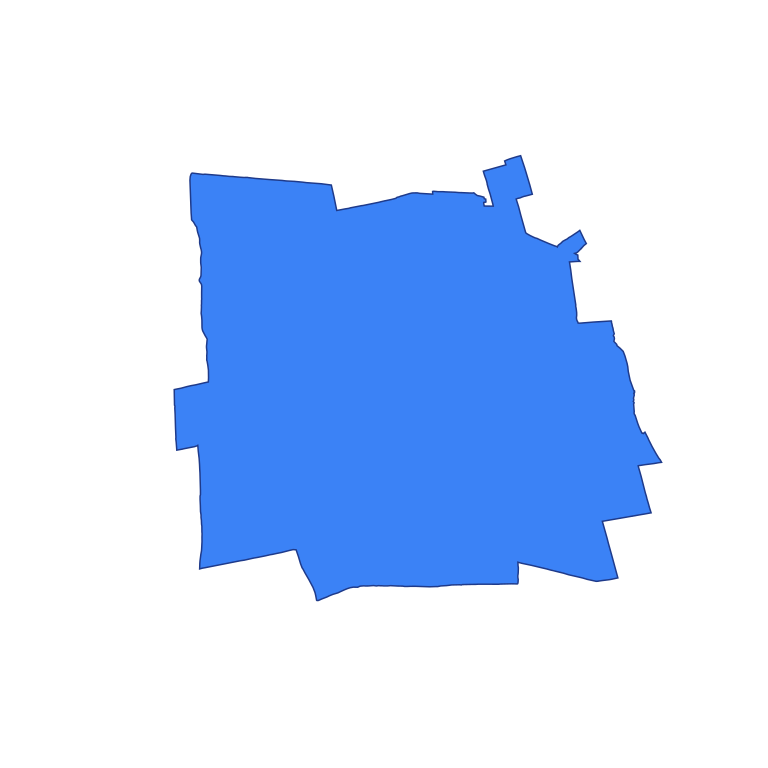 outline of Oprisor, Mehedinti, Romania, rotated 68°
{"feature_id": "2599482B3285510863665", "entity_name": "Oprisor", "entity_type": "district", "adm_level": 2, "iso_a3": "ROU", "parent_name": "Romania", "parent_adm1": "Mehedinti", "projection": "equal_earth", "projection_center": [23.062, 44.291], "detail": "fine", "context": "isolated", "style": "filled", "palette": "blue", "viewbox_px": 768, "rotation_deg": 68, "n_neighbors": 0, "source": "geoboundaries", "source_scale": "gbopen_adm2", "svg_char_len": 6158}
<svg xmlns="http://www.w3.org/2000/svg" viewBox="0 0 768 768"><g transform="rotate(68 384 384)"><path d="M486.4,624.2L486.7,621.5L487.3,618.7L489.6,606.7L494.1,583.2L495.0,579.5L496.6,569.9L497.4,566.3L498.9,558.3L499.7,553.2L500.1,551.6L501.0,546.4L501.8,542.3L502.9,534.0L503.5,530.3L504.8,527.6L512.0,528.0L519.4,528.7L523.7,528.8L525.6,528.4L529.7,528.0L537.4,526.9L546.1,526.0L551.6,526.1L554.8,526.6L559.2,527.5L559.6,527.3L559.7,527.1L560.1,526.1L560.1,524.7L560.0,522.4L560.1,516.6L559.9,513.8L559.9,510.1L560.4,504.9L560.2,502.1L560.1,499.7L560.0,497.2L560.0,494.7L560.2,491.7L560.9,488.4L562.5,484.7L562.6,483.7L562.5,483.0L562.5,481.8L563.6,478.3L564.5,476.5L565.4,474.1L566.6,470.3L567.0,469.1L568.4,466.7L568.9,464.6L569.6,463.2L570.2,461.7L571.3,459.5L572.6,456.2L573.4,453.5L576.4,447.1L578.3,442.6L579.5,440.6L580.5,438.1L581.3,435.8L583.1,431.2L589.1,417.7L591.5,411.1L591.7,410.8L591.9,410.3L592.5,407.0L594.3,401.7L595.1,398.8L595.5,397.1L595.9,395.9L598.5,389.0L599.3,387.6L599.3,386.7L599.4,386.3L602.6,377.9L604.1,374.1L605.0,371.4L612.6,352.7L613.0,351.3L617.0,340.7L618.3,337.6L619.1,335.8L619.3,335.3L619.3,335.0L619.0,334.6L617.9,333.9L616.6,333.3L615.5,332.8L613.7,332.4L612.3,331.9L611.8,331.7L610.5,330.9L609.1,330.2L605.5,328.6L604.5,328.2L602.7,327.8L599.4,326.6L601.8,323.5L607.3,315.3L613.0,307.3L616.6,302.2L618.7,299.5L626.6,288.5L630.0,284.3L636.0,275.7L638.2,272.6L641.3,268.7L646.5,261.1L646.7,260.3L647.0,259.7L647.1,258.9L647.9,255.6L649.8,248.5L650.3,246.2L651.4,239.8L630.5,237.3L615.5,235.6L610.3,234.9L593.1,233.0L595.2,223.3L601.6,193.6L602.2,190.9L603.5,184.6L598.4,184.2L594.2,183.7L588.9,183.2L586.3,182.8L582.9,182.5L566.0,180.2L555.7,179.1L555.0,178.9L556.6,172.1L558.9,163.4L559.9,158.7L560.6,156.0L557.9,156.3L555.6,157.0L550.1,157.9L542.2,158.9L534.7,159.5L533.0,159.5L526.4,160.1L527.1,162.0L526.5,162.4L526.5,163.0L525.9,163.3L519.3,163.6L515.4,163.5L507.2,162.9L505.4,163.2L504.3,162.9L503.5,162.4L495.9,160.0L495.7,159.6L495.0,159.1L493.5,159.4L493.1,158.9L492.3,158.3L490.6,158.0L488.0,156.1L487.5,156.1L487.0,155.8L486.1,155.9L486.0,155.7L486.2,155.4L486.0,155.1L485.8,155.2L485.6,155.1L485.2,154.6L484.6,154.4L484.4,154.7L484.0,154.4L483.6,154.7L482.8,154.8L472.7,154.4L463.8,152.8L459.3,151.5L456.0,150.9L448.3,150.1L443.4,150.0L439.3,151.7L435.8,153.6L434.4,153.4L430.7,154.9L430.0,154.5L428.7,153.6L428.1,153.3L426.6,153.0L425.5,153.3L425.0,153.2L424.4,152.6L423.7,151.7L420.6,151.4L418.0,150.8L416.3,150.7L413.9,150.2L412.0,150.0L411.1,149.6L410.7,149.6L405.1,166.4L400.9,179.8L400.2,181.2L399.0,181.1L397.5,181.3L396.2,181.2L394.7,180.8L392.5,179.6L389.9,178.6L386.6,177.7L384.8,177.3L383.5,177.1L382.7,176.6L356.6,170.4L348.4,168.2L340.3,166.3L341.7,162.0L342.9,158.4L343.7,156.4L342.3,156.8L341.1,157.4L337.0,156.0L335.8,157.3L334.3,158.3L334.5,156.9L334.4,156.0L334.3,155.2L332.9,151.9L332.1,150.3L332.3,150.2L331.9,149.6L330.5,146.8L329.6,143.8L325.0,144.3L314.9,144.9L315.5,147.1L316.4,151.5L316.8,153.4L317.2,155.4L317.5,157.8L318.1,159.7L318.2,160.4L318.3,161.8L318.7,164.9L319.7,167.2L320.5,170.2L320.7,170.6L321.8,172.0L321.4,172.1L319.8,174.1L315.5,178.6L308.9,185.2L306.4,187.5L305.1,189.2L303.3,190.9L301.1,192.9L298.2,195.2L297.2,195.8L296.5,195.9L279.2,194.0L270.0,192.8L262.0,192.2L262.0,190.4L262.2,189.3L262.4,188.3L262.4,185.5L262.5,183.7L262.7,182.8L263.2,178.9L263.6,175.4L254.4,174.3L242.9,173.2L236.3,172.6L223.5,171.8L223.0,175.6L222.4,182.7L222.3,185.9L222.4,188.6L226.5,188.9L225.8,195.1L224.8,204.1L223.9,212.2L228.0,212.6L233.2,212.8L234.3,212.9L236.5,213.2L237.4,213.5L242.5,214.1L247.4,214.4L255.4,215.4L258.6,215.8L260.0,216.1L257.5,222.2L256.5,224.4L254.8,224.1L253.1,223.6L252.9,223.2L253.4,222.1L253.4,221.3L250.7,220.4L249.8,221.6L248.2,221.4L246.0,224.2L244.2,226.9L242.5,228.0L240.4,229.1L240.1,230.5L238.7,233.7L235.8,240.0L234.5,243.0L233.0,245.9L228.9,255.0L227.8,257.2L225.8,262.1L224.9,263.8L223.9,265.8L223.7,266.5L223.7,266.8L226.2,267.7L220.6,279.5L219.3,281.5L218.0,284.8L217.4,286.5L217.0,289.1L216.3,296.8L216.1,297.8L216.1,300.0L215.8,302.0L216.2,303.3L216.2,304.1L215.7,307.9L214.7,313.5L214.5,314.4L213.8,318.9L213.6,320.6L210.6,336.8L210.3,337.7L208.1,349.0L207.9,351.0L207.1,354.4L206.1,359.5L205.4,362.8L191.4,360.2L179.8,358.3L174.8,367.2L168.3,380.4L166.4,383.8L162.6,391.1L159.0,398.8L157.1,402.2L151.7,413.3L146.5,423.7L145.2,426.3L141.7,432.7L141.3,433.2L140.0,436.6L138.5,439.7L135.8,445.0L135.1,446.2L134.4,447.8L133.6,449.6L131.8,452.9L131.0,454.6L129.3,457.7L122.7,470.8L122.2,472.0L122.0,472.9L121.8,473.4L117.5,481.1L116.6,482.8L116.6,483.3L116.9,483.9L117.5,484.6L119.2,486.0L122.4,487.6L136.2,492.6L153.3,498.8L158.0,500.3L159.4,500.8L160.1,500.8L161.4,500.3L162.6,499.9L166.6,499.4L168.0,498.9L168.4,498.9L171.7,499.6L173.5,499.9L179.7,500.4L181.8,501.1L183.9,502.0L185.0,502.3L189.1,503.0L191.1,503.2L192.8,503.6L193.5,503.8L195.0,504.5L198.2,506.6L200.3,507.5L203.1,508.6L207.3,509.7L214.6,512.9L215.4,513.4L216.0,513.9L217.1,515.2L217.5,515.7L218.1,516.2L219.1,516.6L219.8,516.6L222.6,516.0L223.5,516.0L224.9,516.3L231.3,519.0L236.3,521.0L236.8,521.1L238.2,521.9L241.0,523.0L243.0,524.0L244.0,524.3L247.8,526.0L249.6,526.9L250.1,527.1L252.7,527.7L256.6,528.9L263.2,531.5L264.2,531.8L265.7,532.1L267.0,532.2L272.2,531.7L275.2,531.2L276.1,531.2L276.6,531.3L277.4,531.8L280.0,533.1L282.0,534.2L283.1,534.7L284.3,535.1L287.9,536.1L290.1,537.1L291.2,537.7L293.1,538.4L295.4,539.4L296.7,539.5L300.9,540.4L305.4,541.6L312.6,544.4L316.3,546.1L315.6,550.1L314.2,559.1L313.3,563.3L312.6,567.6L311.9,573.6L311.0,578.3L310.6,580.6L311.9,581.1L325.2,586.2L326.0,586.1L327.1,586.5L327.7,586.9L328.3,587.1L333.8,589.0L347.0,593.9L355.5,596.9L356.9,597.6L360.2,598.5L367.7,600.9L368.9,595.1L369.0,594.1L371.1,583.2L371.3,580.4L371.1,579.7L372.0,579.9L376.8,581.4L383.8,583.3L389.3,585.1L394.1,586.8L397.4,587.9L413.8,594.0L417.8,595.6L419.0,596.5L422.2,597.8L427.9,599.8L433.5,601.9L435.2,602.3L436.9,602.7L439.4,603.7L441.8,604.3L445.7,605.7L447.5,606.1L453.1,608.3L454.5,608.7L457.9,610.2L462.0,611.8L468.7,614.9L470.3,615.7L473.3,617.6L479.0,620.8L481.2,621.9L486.4,624.2Z" fill="#3b82f6" stroke="#1e3a8a" stroke-width="1.5"/></g></svg>